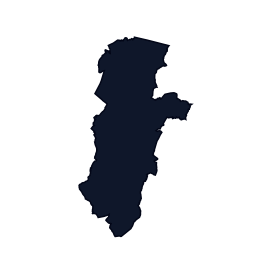 Livezi, Bacau, Romania, rotated 133°
{"feature_id": "2599482B64810477676491", "entity_name": "Livezi", "entity_type": "district", "adm_level": 2, "iso_a3": "ROU", "parent_name": "Romania", "parent_adm1": "Bacau", "projection": "equal_earth", "projection_center": [26.736, 46.405], "detail": "fine", "context": "isolated", "style": "filled", "palette": "ink", "viewbox_px": 256, "rotation_deg": 133, "n_neighbors": 0, "source": "geoboundaries", "source_scale": "gbopen_adm2", "svg_char_len": 5654}
<svg xmlns="http://www.w3.org/2000/svg" viewBox="0 0 256 256"><g transform="rotate(133 128 128)"><path d="M213.8,88.8L209.0,85.3L205.1,83.2L204.0,82.9L205.5,81.9L206.5,81.5L209.8,81.5L210.6,81.1L210.7,77.4L209.5,75.2L211.5,74.5L213.3,73.4L213.6,72.5L213.7,70.3L214.0,70.0L214.4,69.0L214.4,67.7L215.6,65.2L216.0,64.0L216.1,63.4L213.4,61.2L212.8,60.6L212.4,59.9L212.2,59.3L211.7,59.0L199.6,57.3L197.3,57.9L196.7,57.9L192.6,59.7L191.9,59.4L189.5,59.5L185.5,58.7L183.0,59.7L180.8,61.7L180.1,62.1L179.5,63.4L178.6,64.9L178.4,65.9L177.7,67.9L175.8,67.9L175.4,68.2L175.0,68.9L174.6,69.0L174.1,68.8L173.3,69.5L172.6,69.4L171.8,69.9L170.6,70.2L167.7,73.6L167.3,74.4L165.9,75.6L164.5,75.7L163.1,76.6L162.5,76.7L161.6,77.5L159.8,78.3L158.2,78.7L157.0,79.9L155.6,79.8L155.7,79.4L155.1,79.0L153.7,79.6L153.8,79.4L153.2,79.4L150.2,80.9L150.5,81.2L149.1,82.0L149.3,82.5L148.5,82.5L148.5,82.2L145.5,81.1L144.5,78.3L144.5,77.2L143.8,75.9L140.4,77.3L139.0,78.2L138.9,78.4L139.2,78.7L137.4,80.0L135.7,82.0L135.8,82.4L135.0,82.6L133.9,83.6L134.6,85.3L134.5,85.9L134.1,86.4L133.5,86.4L133.1,86.2L132.8,85.6L132.4,85.5L130.7,85.1L130.4,85.2L130.2,85.7L130.7,90.0L130.4,90.8L130.7,91.4L128.3,92.7L126.9,93.1L127.0,93.3L119.5,97.1L117.5,98.0L115.0,98.5L111.0,99.8L108.1,100.3L108.0,102.0L108.3,102.7L108.9,103.5L110.5,104.2L110.9,105.0L110.9,105.8L107.7,105.2L106.8,103.9L104.4,104.7L103.5,104.6L103.4,104.7L103.5,104.9L103.4,104.9L103.0,104.8L101.9,103.9L101.4,103.9L100.6,105.3L93.6,106.9L92.9,105.3L92.0,104.6L91.7,104.6L90.4,103.0L89.9,103.2L89.5,103.1L89.4,102.9L89.7,102.4L90.0,102.4L90.6,101.8L90.0,101.4L89.6,101.6L89.1,101.5L88.7,100.2L88.3,99.8L87.5,99.6L86.9,100.1L86.6,98.4L85.2,98.0L85.3,97.6L85.9,96.7L85.9,95.9L85.6,95.6L85.4,95.1L85.7,94.7L85.2,94.3L84.5,94.2L82.5,92.5L82.3,91.6L81.1,93.1L78.8,93.9L78.7,94.9L78.3,94.7L76.8,95.0L76.1,95.4L75.0,95.3L74.7,95.8L74.1,95.9L73.7,96.2L73.6,96.5L73.1,96.7L72.9,96.1L72.6,95.9L71.9,96.4L70.0,97.0L69.4,97.9L69.1,98.0L67.2,97.6L68.3,99.1L68.9,99.1L68.9,99.4L69.6,99.8L69.4,100.3L68.9,100.8L68.4,101.9L68.7,102.6L68.8,103.7L69.2,104.5L69.9,105.2L70.5,105.6L70.4,106.2L70.7,106.6L72.7,107.7L72.1,108.8L72.1,109.3L72.4,110.3L72.6,111.5L73.1,112.0L72.1,113.5L70.5,114.7L69.9,115.7L70.3,117.0L70.9,118.4L73.3,120.6L78.1,123.9L79.6,123.9L84.5,123.6L84.8,123.9L84.6,124.2L84.7,124.7L84.1,125.0L84.2,125.4L85.0,125.4L85.0,125.7L85.3,125.8L85.8,125.6L86.0,126.4L87.8,126.5L87.9,127.0L89.0,127.0L89.1,127.7L89.4,128.2L89.7,130.3L90.2,131.5L88.9,132.1L87.4,132.2L84.4,134.7L81.7,136.3L80.0,135.7L78.6,135.1L78.4,134.8L78.1,135.6L77.7,135.7L77.5,136.1L76.0,139.6L75.4,140.0L74.1,141.2L73.5,142.4L71.2,144.4L69.9,145.4L69.0,145.2L68.0,145.3L66.5,146.3L64.7,146.8L64.2,146.3L63.6,146.0L62.4,146.0L61.1,145.5L58.8,145.0L58.3,144.8L58.2,144.0L57.8,143.5L57.5,143.3L57.3,143.3L56.8,142.7L55.9,142.6L55.6,143.7L55.7,146.3L54.1,148.7L53.7,149.1L52.8,149.5L52.8,149.9L52.5,149.7L52.0,150.3L51.3,150.3L51.1,150.9L50.6,151.1L49.0,150.9L47.7,151.3L47.6,151.7L47.3,151.8L46.5,151.8L46.1,152.1L45.6,152.0L45.4,151.8L45.0,151.8L44.1,152.7L44.2,152.9L43.6,153.0L43.3,153.8L42.5,153.7L42.0,154.1L41.1,154.0L40.6,154.2L39.9,154.2L50.6,173.8L57.2,185.2L58.1,184.5L58.9,184.9L59.3,184.5L60.2,184.7L60.0,185.8L60.1,186.2L62.0,186.6L62.1,187.1L64.1,188.0L63.8,188.3L64.1,189.1L63.3,189.5L63.4,189.9L63.1,190.4L63.6,191.2L64.1,191.6L65.1,191.3L66.2,191.4L67.4,191.0L67.8,191.7L67.8,192.0L68.2,192.0L68.1,192.6L68.7,192.7L69.1,193.3L69.7,193.2L69.7,194.1L70.8,195.5L76.0,196.6L81.0,198.7L81.7,196.9L82.3,196.2L82.4,195.2L83.0,194.4L83.8,193.9L84.5,193.2L84.9,192.5L85.6,191.8L85.9,192.5L85.6,193.7L85.4,193.7L85.5,194.0L85.2,194.0L84.7,194.5L85.3,195.1L85.9,197.0L86.3,197.8L86.7,197.8L87.1,197.4L87.4,196.9L87.4,196.2L87.8,196.2L87.9,195.6L88.2,195.2L88.7,195.6L91.4,195.7L91.7,196.0L92.3,196.2L92.3,195.7L97.1,195.4L98.1,195.1L99.6,194.4L102.0,192.5L102.3,192.6L102.3,192.0L103.5,190.8L104.0,190.0L106.9,187.4L106.8,186.6L106.5,186.1L106.0,185.8L103.3,185.2L102.2,184.4L111.5,179.8L114.5,178.6L125.4,175.6L125.0,165.9L125.1,165.4L124.7,161.2L124.7,159.5L127.8,158.7L128.5,158.7L128.8,158.6L129.2,158.0L130.3,157.7L132.4,157.4L133.5,157.7L135.8,157.7L138.0,157.4L139.1,158.0L140.2,159.6L141.0,159.8L141.1,159.5L141.4,159.5L141.6,159.1L141.8,159.6L142.5,159.9L143.1,159.9L143.4,159.6L143.6,159.8L144.3,158.6L144.0,157.7L145.1,157.6L146.9,156.7L147.7,156.8L147.7,156.5L148.7,156.3L148.9,155.7L149.1,155.7L149.4,155.0L149.3,154.4L150.6,154.8L153.5,154.5L153.5,150.9L153.3,150.2L154.2,150.2L154.1,148.9L154.4,148.6L154.6,147.9L155.2,148.4L155.9,148.1L156.2,148.2L156.3,148.0L156.8,145.9L157.1,145.5L157.3,144.6L158.7,144.1L160.0,143.2L161.2,142.0L161.3,142.3L162.6,140.4L164.0,137.3L165.1,136.1L165.0,135.8L165.4,135.5L165.8,135.5L166.7,134.8L168.7,134.0L169.3,133.5L171.0,132.8L171.4,132.8L171.5,132.6L172.7,131.9L172.9,130.3L172.6,129.5L173.2,129.0L173.7,128.9L175.1,129.7L177.2,129.6L180.8,128.5L182.0,127.4L182.6,128.0L183.0,127.4L183.6,127.6L185.0,126.5L184.5,126.2L185.9,125.3L186.7,124.5L187.6,124.2L188.7,123.4L190.1,123.5L190.8,123.7L191.6,123.3L192.0,122.4L193.5,121.5L195.0,121.9L195.7,122.4L197.8,122.8L198.8,123.7L200.0,124.2L200.6,124.1L202.3,124.8L202.6,124.6L203.2,124.7L203.5,124.5L203.7,124.0L204.1,123.8L204.5,123.2L204.8,123.1L205.1,122.4L205.7,121.8L206.2,118.5L207.2,115.7L207.5,113.1L208.3,111.5L208.9,110.7L208.6,110.3L208.3,108.4L207.8,107.0L207.6,105.8L207.9,104.5L208.6,103.6L209.0,102.5L209.1,102.0L208.8,101.3L208.8,100.8L210.5,99.1L212.2,98.1L212.6,97.7L212.9,97.2L213.4,97.0L213.3,96.2L214.7,95.8L214.7,95.4L214.3,95.2L213.4,94.3L212.6,92.5L213.2,90.1L213.8,88.8Z" fill="#0f172a" stroke="#020617" stroke-width="1.5"/></g></svg>